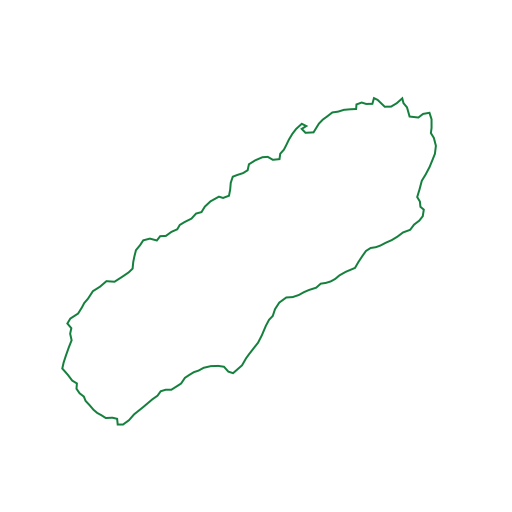 the district of Caiabu, São Paulo, Brazil, rotated 44°
{"feature_id": "56859067B16572160644513", "entity_name": "Caiabu", "entity_type": "district", "adm_level": 2, "iso_a3": "BRA", "parent_name": "Brazil", "parent_adm1": "São Paulo", "projection": "equal_earth", "projection_center": [-51.225, -21.947], "detail": "fine", "context": "isolated", "style": "outline", "palette": "green", "viewbox_px": 512, "rotation_deg": 44, "n_neighbors": 0, "source": "geoboundaries", "source_scale": "gbopen_adm2", "svg_char_len": 2268}
<svg xmlns="http://www.w3.org/2000/svg" viewBox="0 0 512 512"><g transform="rotate(44 256 256)"><path d="M344.5,106.1L340.1,106.4L336.1,103.0L331.0,101.6L327.2,94.2L323.0,86.7L321.4,79.5L319.0,71.3L316.3,64.5L313.7,58.2L308.9,51.8L301.9,47.5L296.4,46.1L293.3,41.9L287.3,35.7L281.3,32.5L277.5,37.7L276.6,43.6L269.6,49.0L261.4,44.2L255.9,43.6L251.7,41.0L251.1,48.4L249.4,54.7L244.9,59.2L239.9,59.2L235.1,59.2L231.2,60.5L234.0,65.7L229.6,70.1L225.4,72.2L223.0,77.2L225.9,80.7L221.7,85.2L217.7,89.8L214.8,95.1L211.2,99.7L210.2,106.4L209.3,111.5L209.3,117.1L211.5,127.1L206.0,133.0L200.6,132.8L201.9,127.6L197.1,129.1L196.6,136.7L197.3,142.9L198.8,149.4L200.6,154.8L202.2,160.1L202.4,165.6L205.6,170.0L201.3,175.1L195.6,176.5L192.0,180.5L189.0,187.7L187.2,194.9L190.4,200.1L189.1,205.4L186.3,210.6L184.2,215.1L187.0,220.9L191.4,226.3L194.7,231.4L192.0,237.1L188.1,239.1L185.3,248.2L184.9,256.0L186.3,262.3L183.4,267.1L183.6,274.0L181.1,281.0L179.6,286.6L180.8,291.5L178.4,297.4L177.2,304.2L173.3,308.3L173.9,313.7L167.6,317.2L164.0,323.1L165.1,328.7L165.6,335.2L168.7,340.6L171.8,345.5L176.0,350.8L175.8,356.2L174.4,363.0L172.1,372.8L165.9,378.0L165.1,386.5L163.1,394.6L164.8,403.4L165.1,409.1L166.5,413.9L168.0,421.0L165.9,430.0L167.2,435.6L173.3,436.2L176.3,441.0L181.9,444.7L184.7,451.5L188.3,459.4L191.6,466.2L194.8,471.5L203.4,472.2L210.3,473.3L215.7,472.1L219.1,476.2L224.5,477.3L229.8,476.7L234.0,478.6L239.7,478.9L246.0,479.5L250.8,479.2L255.1,478.0L260.5,476.9L265.0,472.1L269.2,469.6L273.6,473.3L277.4,469.6L278.7,462.3L278.3,454.6L279.8,443.0L281.0,431.1L282.2,424.9L281.4,419.5L283.9,415.0L288.0,411.0L290.7,399.8L289.5,393.0L290.7,387.6L292.0,382.7L294.3,378.3L296.0,372.8L300.0,366.6L305.3,361.2L309.9,357.9L316.4,358.4L320.9,356.2L321.9,344.4L319.9,336.4L319.2,331.4L318.4,323.9L317.7,316.9L315.3,309.0L311.6,299.4L309.7,292.8L309.7,287.5L306.6,281.0L305.1,273.3L306.6,264.8L310.9,260.1L313.9,254.3L315.6,248.7L317.7,243.7L321.3,237.0L321.8,230.9L324.9,226.9L327.4,222.4L328.9,217.5L329.5,211.9L331.6,204.9L335.5,195.8L333.8,189.0L332.4,181.4L331.6,176.0L332.9,170.6L336.1,166.4L338.2,162.1L340.3,155.9L342.6,150.3L344.3,143.8L345.4,136.9L348.7,130.1L347.9,123.6L348.9,117.1L348.3,111.5L344.5,106.1Z" fill="none" stroke="#15803d" stroke-width="2"/></g></svg>